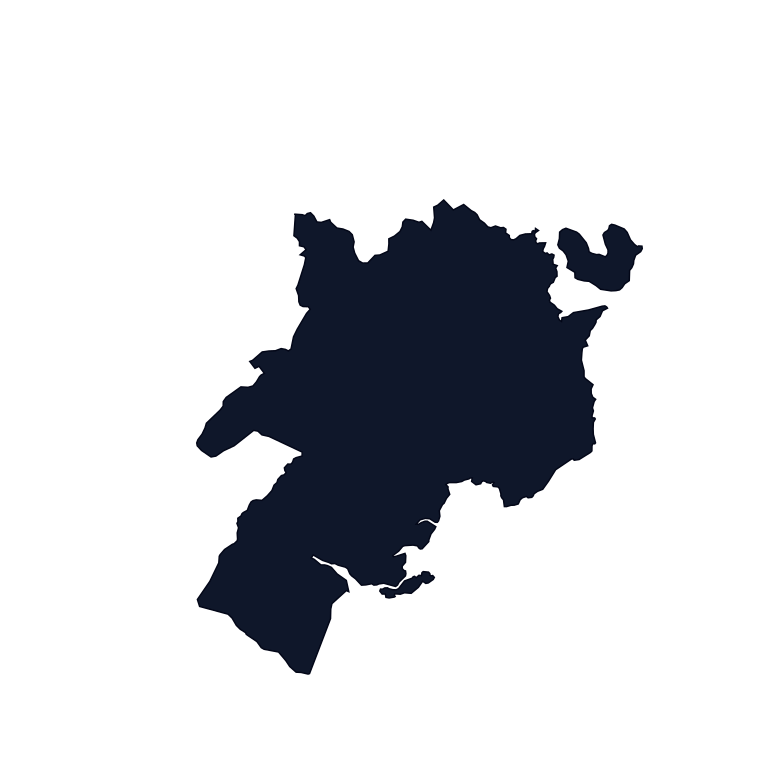 Beluran, Sabah, Malaysia, rotated 49°
{"feature_id": "92858781B11747054778186", "entity_name": "Beluran", "entity_type": "district", "adm_level": 2, "iso_a3": "MYS", "parent_name": "Malaysia", "parent_adm1": "Sabah", "projection": "natural_earth1", "projection_center": [117.451, 6.209], "detail": "fine", "context": "isolated", "style": "filled", "palette": "ink", "viewbox_px": 768, "rotation_deg": 49, "n_neighbors": 0, "source": "geoboundaries", "source_scale": "gbopen_adm2", "svg_char_len": 6171}
<svg xmlns="http://www.w3.org/2000/svg" viewBox="0 0 768 768"><g transform="rotate(49 384 384)"><path d="M278.9,470.5L287.5,471.1L288.7,466.7L297.5,467.3L296.6,470.9L296.8,473.1L298.7,478.9L299.5,484.2L297.3,488.8L292.3,493.9L290.6,511.9L291.8,516.8L295.2,519.9L296.2,525.0L297.1,543.8L299.8,548.0L302.5,554.2L303.9,560.9L305.6,564.0L308.1,565.5L314.4,565.3L325.6,562.4L328.1,558.2L329.1,548.9L332.3,537.6L333.5,512.8L336.8,510.1L342.3,509.5L348.1,505.2L381.7,490.4L384.6,493.1L381.9,498.7L381.3,501.4L382.8,503.9L383.4,505.9L383.1,507.3L381.3,509.1L381.9,514.2L384.3,515.6L386.7,516.0L387.0,519.1L385.8,521.5L386.4,526.7L388.2,529.5L388.2,533.3L390.9,538.5L391.8,545.4L391.8,552.4L387.6,556.5L386.1,559.3L385.8,561.7L387.0,565.1L389.7,570.1L388.7,574.5L388.7,576.2L389.8,578.6L389.4,582.4L392.0,584.5L392.7,586.4L397.1,588.1L400.1,592.5L405.0,596.3L406.0,597.7L406.2,601.9L405.5,603.6L404.3,612.9L405.3,619.7L405.9,621.3L410.6,626.0L418.7,644.9L424.2,666.2L430.9,669.1L455.4,652.7L461.0,652.2L469.4,653.8L474.8,653.4L480.8,651.6L482.7,652.2L495.0,648.9L502.5,649.6L505.6,648.5L517.1,639.4L528.5,639.6L535.4,640.5L543.8,639.4L547.3,635.8L553.1,631.6L553.7,630.2L526.0,578.3L518.9,571.8L515.6,567.4L515.2,548.0L517.6,546.8L507.5,541.3L496.6,544.0L487.9,544.0L484.0,545.8L481.6,547.5L479.2,550.3L470.5,551.7L467.5,553.0L466.6,549.6L476.8,546.1L482.5,542.7L485.2,541.6L487.3,538.8L490.6,537.5L496.9,533.3L499.6,532.6L504.8,534.3L507.5,534.3L512.3,533.3L521.0,533.0L523.7,529.5L526.7,524.3L529.1,523.6L530.9,521.2L531.5,519.1L534.2,514.9L544.4,508.1L544.6,505.7L543.4,502.6L542.9,493.7L541.5,491.9L539.2,490.4L537.7,491.3L535.2,491.3L533.4,489.7L532.7,484.8L527.9,480.2L525.6,479.3L521.9,488.0L520.6,490.2L519.2,489.9L519.8,482.6L518.8,476.4L519.6,474.4L524.6,467.8L528.2,464.9L530.4,465.3L532.3,464.9L533.4,463.3L532.3,453.6L531.1,452.5L528.0,446.9L526.9,441.2L525.7,438.5L515.9,441.4L514.4,443.2L513.1,446.7L512.5,450.1L510.9,451.6L510.2,445.8L512.5,441.0L515.7,437.9L521.9,436.1L523.4,434.5L523.0,432.5L520.5,428.6L515.9,425.4L513.4,419.0L513.4,416.8L511.3,411.9L510.4,406.8L505.2,404.6L503.6,403.1L500.4,403.3L500.6,401.1L501.3,399.3L505.9,394.0L508.6,389.3L509.2,386.4L511.3,382.2L511.5,380.5L512.9,379.1L515.0,381.8L520.4,380.7L522.7,376.5L521.9,374.5L522.1,372.7L524.2,371.2L525.5,371.2L528.8,368.7L529.4,366.1L530.7,365.6L531.3,368.3L533.0,368.7L536.3,365.6L538.4,365.4L543.6,367.8L545.1,369.2L547.1,369.8L549.8,369.8L555.5,373.6L556.9,372.0L558.8,367.8L560.9,365.2L562.6,361.4L560.7,357.2L560.7,354.1L562.3,350.3L564.4,349.9L566.5,346.8L566.3,344.8L565.3,342.8L565.7,338.6L567.6,333.3L565.3,323.7L561.3,310.7L563.6,291.8L564.7,290.3L566.3,290.5L569.0,286.3L571.1,273.0L570.9,271.0L567.0,267.5L566.1,265.3L567.4,264.2L567.2,263.0L559.4,259.1L554.9,255.5L550.3,251.1L549.0,247.5L547.8,247.3L546.1,249.1L544.4,247.8L541.7,243.6L538.8,242.4L535.1,236.9L534.4,234.3L530.9,235.1L527.1,233.8L523.6,230.9L521.7,226.7L511.9,228.5L509.8,228.3L505.2,224.3L495.5,219.4L490.0,213.9L487.5,211.2L486.9,209.5L488.8,205.2L482.9,203.3L482.3,197.5L479.0,193.3L478.8,190.2L477.5,186.0L476.5,183.5L474.8,181.8L474.8,176.7L472.1,171.1L473.4,165.6L471.9,165.4L470.0,166.0L468.4,168.3L462.3,181.1L454.4,194.2L454.0,200.8L450.8,206.1L453.3,209.0L451.0,209.7L447.3,208.6L446.5,207.7L445.4,205.9L446.0,203.9L445.8,202.1L440.8,203.9L436.3,203.7L431.2,205.0L429.2,204.1L428.5,202.1L425.8,201.0L421.2,200.4L419.2,197.9L418.7,195.1L417.9,193.7L417.7,192.2L418.3,189.5L416.0,184.9L416.2,182.7L412.7,179.8L409.1,178.4L408.3,175.6L404.6,177.8L400.6,174.9L399.8,172.9L398.3,171.1L396.0,172.0L394.8,174.7L392.1,174.9L391.2,176.7L388.1,177.3L386.4,175.1L385.4,172.5L383.5,169.4L379.5,174.2L378.9,176.2L377.0,176.5L375.4,175.6L374.5,173.6L371.8,173.6L369.7,172.2L369.1,170.5L369.5,166.7L366.0,167.6L367.9,169.6L366.2,170.7L366.0,172.0L367.5,174.0L363.5,178.9L361.0,184.0L361.0,189.1L360.2,191.7L358.1,193.5L355.6,193.3L354.1,192.0L349.7,193.1L347.2,190.4L344.3,191.1L342.6,193.5L337.9,196.2L336.2,200.8L333.5,202.6L328.5,202.7L322.7,204.1L317.3,202.7L314.0,203.0L310.4,204.4L300.8,206.1L298.1,217.5L284.3,218.2L284.3,226.2L283.1,230.4L291.8,236.9L294.8,240.7L298.7,247.7L286.1,248.7L284.9,251.5L279.5,254.6L273.8,259.5L274.2,263.5L277.4,267.1L279.4,271.9L279.2,279.1L277.6,285.1L281.5,288.4L286.5,293.8L283.9,302.5L281.0,306.4L282.0,316.9L278.7,320.8L274.2,322.3L265.9,320.2L260.4,317.5L257.1,313.3L250.5,310.0L245.9,310.3L240.1,313.3L235.4,317.2L226.9,318.1L224.3,317.2L220.9,325.3L217.7,328.3L211.2,326.8L206.5,327.1L205.0,330.1L205.2,332.5L204.7,333.4L202.6,334.6L196.9,340.3L198.0,339.7L213.0,354.7L217.0,353.8L221.1,354.4L224.2,357.1L227.9,354.4L231.5,354.7L231.5,362.5L235.2,360.1L237.3,360.1L241.7,365.8L252.9,384.1L254.4,387.7L261.2,390.4L266.1,394.3L269.5,395.5L272.4,394.3L276.0,390.4L279.2,390.7L279.9,396.1L285.7,413.5L289.0,421.3L296.6,431.2L296.3,434.5L293.2,435.7L289.8,438.4L287.7,444.1L283.6,449.2L279.9,454.9L279.9,467.8L278.9,470.5ZM452.5,103.4L451.3,100.3L449.2,98.9L446.8,101.3L446.5,102.7L442.9,103.4L436.9,103.4L429.1,101.0L424.6,101.0L415.5,105.5L412.8,107.5L412.5,110.0L414.3,112.4L414.9,114.4L414.3,118.3L415.2,121.0L423.7,125.2L429.7,126.9L432.1,129.0L433.0,130.7L433.3,133.5L427.3,136.6L425.8,138.7L421.8,141.4L418.8,142.5L415.8,140.7L410.1,138.7L399.0,138.3L395.7,139.0L385.8,144.5L384.6,148.0L384.6,151.8L389.4,156.3L393.0,161.5L396.6,162.5L401.1,161.5L405.9,161.8L412.2,164.3L416.1,169.5L424.9,166.7L429.1,170.1L432.1,169.1L437.5,165.3L441.1,161.8L448.9,159.4L454.6,158.4L462.7,151.5L465.7,147.7L467.5,144.5L467.5,141.1L466.3,136.6L466.9,131.1L459.4,124.1L458.8,120.7L457.0,116.9L454.6,114.4L451.9,109.6L452.5,103.4ZM563.0,472.9L560.5,472.9L559.6,474.4L558.6,474.7L557.1,473.8L555.2,473.8L551.3,477.5L551.3,479.1L553.2,481.5L551.3,483.1L551.3,486.8L549.2,487.1L548.6,488.4L549.0,490.2L546.1,497.7L548.0,507.2L547.3,509.9L545.0,512.3L541.7,514.6L540.2,515.0L538.4,517.2L537.9,519.7L536.5,521.2L537.5,523.0L541.3,523.2L543.4,520.8L546.3,522.5L548.8,520.5L551.5,516.1L551.7,515.0L550.2,514.8L549.6,513.4L553.4,509.5L555.0,505.5L559.8,500.8L560.0,491.5L558.2,484.2L561.9,483.3L563.2,481.1L563.8,475.1L563.0,472.9Z" fill="#0f172a" stroke="#020617" stroke-width="1.5"/></g></svg>